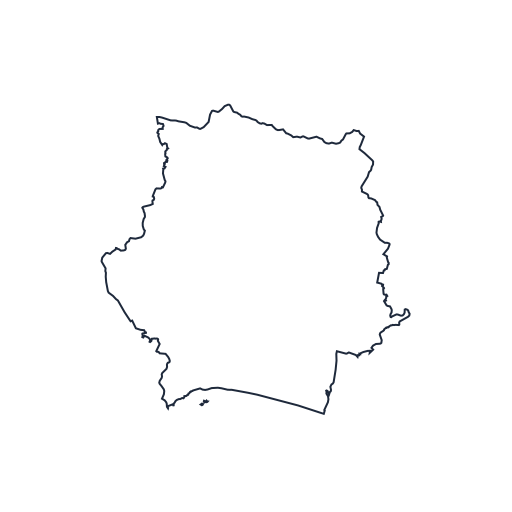 Cam Xuyen, Ha Tinh, Vietnam, rotated 149°
{"feature_id": "81297802B99684516055458", "entity_name": "Cam Xuyen", "entity_type": "district", "adm_level": 2, "iso_a3": "VNM", "parent_name": "Vietnam", "parent_adm1": "Ha Tinh", "projection": "orthographic", "projection_center": [106.007, 18.19], "detail": "fine", "context": "isolated", "style": "outline", "palette": "slate", "viewbox_px": 512, "rotation_deg": 149, "n_neighbors": 0, "source": "geoboundaries", "source_scale": "gbopen_adm2", "svg_char_len": 6161}
<svg xmlns="http://www.w3.org/2000/svg" viewBox="0 0 512 512"><g transform="rotate(149 256 256)"><path d="M409.9,170.7L409.6,171.0L409.8,172.2L408.6,172.6L403.9,171.8L403.9,170.6L403.5,170.4L403.2,170.7L403.3,171.7L401.3,172.2L399.8,173.1L398.0,173.4L395.9,173.1L394.6,172.4L392.4,172.3L391.5,171.4L390.3,171.8L389.6,172.8L387.7,171.9L386.3,172.3L385.6,172.0L384.7,172.9L383.8,172.7L382.6,173.4L382.0,173.1L381.6,173.5L379.9,173.0L379.4,173.2L372.1,171.3L370.6,169.0L368.6,167.4L366.2,166.5L362.0,165.6L356.5,162.7L353.7,160.4L349.1,155.9L345.7,153.8L333.2,142.8L326.4,136.5L297.0,106.3L279.2,85.8L276.7,88.1L276.8,88.8L269.7,93.6L267.7,95.9L266.5,98.7L266.5,101.8L265.5,103.2L265.2,104.4L264.8,104.4L264.2,103.5L264.5,99.8L262.7,101.4L261.7,101.5L260.7,102.5L259.6,105.6L257.5,107.0L255.8,107.1L254.5,107.8L246.4,117.4L240.9,124.8L237.6,130.7L235.7,132.7L229.1,125.9L228.4,125.6L226.1,125.5L221.4,119.7L220.9,117.2L219.7,118.5L218.7,117.8L217.8,119.0L217.1,118.1L216.5,118.8L213.4,118.4L209.0,117.1L207.1,116.0L208.4,114.4L203.8,115.4L204.3,117.8L201.9,118.9L198.5,118.8L195.0,117.0L194.2,116.8L193.3,117.0L191.6,119.1L190.4,124.9L189.5,125.8L188.5,126.2L185.4,126.3L184.5,126.5L184.0,127.1L181.6,127.5L181.3,127.2L180.9,127.5L179.6,126.8L179.3,127.1L178.5,126.8L178.0,127.1L176.0,127.1L175.4,126.6L174.4,126.6L173.3,125.7L171.8,125.1L169.1,123.2L168.5,123.4L167.5,125.3L166.5,125.9L157.1,125.6L155.3,126.0L154.1,127.3L154.0,129.6L153.6,131.0L154.1,132.2L155.1,133.4L156.1,133.5L157.8,130.9L159.3,129.9L161.0,129.5L162.5,130.2L164.6,132.8L165.7,133.6L170.6,134.1L171.6,133.9L172.0,134.3L171.7,135.7L170.7,136.8L168.9,137.8L167.5,139.7L167.2,140.9L167.1,143.8L168.8,145.3L169.5,146.4L169.5,151.4L168.6,151.8L168.0,151.0L167.5,150.9L167.4,152.1L165.9,153.1L165.3,154.1L164.1,154.1L164.1,155.7L165.1,156.1L166.1,157.2L166.1,157.9L164.0,162.2L163.7,162.5L163.2,162.4L163.2,162.9L162.8,163.1L163.4,165.3L163.0,165.6L162.2,165.5L161.8,166.0L162.4,166.7L162.8,166.7L162.8,167.7L165.8,170.8L159.2,178.2L155.9,176.0L153.9,177.8L153.1,177.5L152.2,178.2L150.5,177.6L147.4,180.6L146.6,180.6L145.8,181.7L145.9,182.7L144.7,187.3L143.9,188.1L145.9,191.9L139.1,194.3L135.6,197.0L135.3,197.7L135.5,198.3L136.7,199.7L138.8,201.0L141.2,206.1L141.5,209.5L141.2,212.5L140.7,214.0L137.8,217.7L133.9,220.9L133.4,222.1L133.0,222.2L132.1,221.8L131.3,220.9L130.8,222.0L129.9,222.4L129.1,223.3L128.6,225.0L126.7,224.9L126.2,225.2L125.7,231.7L124.9,234.4L125.5,237.3L124.5,239.6L125.0,240.5L125.2,242.6L127.6,246.0L129.4,247.4L129.5,248.2L128.6,250.3L128.6,251.2L129.1,252.3L132.0,256.7L131.0,258.3L130.7,260.2L129.6,261.3L119.4,266.5L115.9,269.7L113.9,270.1L112.9,270.6L111.0,272.7L108.6,274.1L106.9,276.7L107.1,278.3L110.0,288.3L112.3,294.3L110.9,296.0L109.1,297.1L101.9,302.7L103.7,307.3L103.5,310.3L105.3,311.2L107.4,313.6L109.6,312.8L112.5,312.9L115.4,314.5L116.3,314.2L121.4,311.1L123.4,310.9L125.4,309.9L127.0,310.1L129.6,311.0L132.6,314.1L135.6,314.8L137.6,316.5L138.7,318.5L139.0,322.2L140.6,323.9L142.7,327.1L150.1,329.3L151.1,330.1L153.7,334.1L154.5,334.5L156.9,334.7L159.4,337.2L162.9,338.7L163.7,341.2L165.9,344.7L166.9,345.6L167.6,350.6L171.2,352.0L172.6,352.8L173.7,354.4L174.9,358.9L175.0,360.2L179.2,362.6L180.6,365.2L182.0,366.5L183.2,366.6L184.5,367.8L185.6,370.0L185.8,371.6L186.4,372.8L188.7,375.2L191.0,378.5L194.2,381.5L195.8,382.4L196.5,383.2L196.8,385.2L197.8,386.9L198.4,388.6L200.6,390.7L201.0,391.6L200.6,398.3L201.0,399.4L202.0,400.1L205.7,400.6L209.3,399.5L213.3,398.9L214.5,399.1L217.9,402.7L219.0,403.0L222.5,400.9L227.6,395.3L234.5,393.4L238.2,393.6L239.0,394.2L240.3,396.5L242.2,397.6L245.6,401.7L247.2,406.0L248.4,407.4L253.0,411.3L254.9,413.4L259.2,416.1L265.3,423.1L267.2,424.9L269.4,426.2L271.9,420.0L270.4,419.6L269.7,418.5L267.8,417.1L268.1,415.4L268.4,415.0L269.8,414.4L270.5,413.0L273.1,414.5L273.9,414.6L275.1,414.2L275.6,413.2L276.9,412.8L277.1,412.3L276.5,410.7L278.0,409.3L278.4,406.3L279.4,403.1L279.2,399.5L278.4,400.0L277.4,399.4L276.0,399.6L274.9,398.0L276.2,394.6L276.0,393.5L277.3,393.6L277.9,392.8L279.8,392.4L280.3,391.8L280.6,390.7L281.3,390.3L282.4,388.0L281.3,386.2L281.3,385.3L283.5,384.4L283.5,384.1L282.7,383.9L282.8,383.4L283.9,382.5L285.1,383.3L286.1,382.9L287.0,383.0L287.4,382.2L287.0,381.7L288.7,380.5L287.7,379.0L289.3,378.2L290.6,378.7L290.7,378.2L293.2,374.7L295.1,368.2L295.1,366.7L296.0,365.7L300.4,362.8L301.1,363.5L302.0,362.8L303.3,363.1L306.5,365.2L307.9,364.9L313.8,360.4L313.9,360.2L313.3,359.7L313.2,359.1L313.8,357.5L314.7,356.8L316.0,356.9L316.5,356.5L317.7,353.8L320.4,354.1L326.8,356.1L328.0,356.2L328.6,355.9L328.6,353.8L329.3,351.8L329.4,350.2L330.6,347.4L331.2,346.6L333.2,345.6L336.1,342.7L337.6,340.1L338.5,336.5L338.2,335.0L340.5,332.7L342.2,331.6L344.7,331.2L350.4,332.9L354.3,336.0L355.7,335.6L357.3,334.1L359.4,334.2L362.3,332.9L363.8,329.3L364.9,328.6L366.5,328.9L369.1,330.2L369.9,332.2L370.8,333.2L371.4,334.6L371.9,335.0L372.9,333.9L377.0,333.7L380.0,333.0L381.9,335.2L383.2,335.7L388.6,333.8L391.0,331.2L391.2,330.4L391.3,322.9L392.9,320.7L393.3,318.9L395.5,315.6L397.9,310.7L401.0,302.3L401.2,300.5L399.1,295.4L398.2,291.1L397.3,289.0L397.6,275.5L397.2,265.8L397.1,264.6L395.4,264.4L396.2,255.9L393.0,252.2L390.1,250.0L390.3,247.8L389.7,247.2L389.9,246.8L393.2,248.0L393.6,247.8L394.1,246.1L395.2,245.0L394.6,244.2L392.7,245.1L390.5,241.9L389.9,240.0L389.9,239.0L390.1,238.3L391.4,237.3L391.1,236.8L389.6,237.0L387.9,238.7L385.3,237.5L384.7,236.9L383.4,236.3L382.8,235.4L382.9,234.8L383.8,233.9L383.9,230.2L390.5,225.8L390.3,225.0L388.9,224.0L388.7,222.2L383.9,218.7L383.3,214.7L383.4,212.5L383.9,210.6L384.5,209.8L385.6,209.6L386.6,209.9L387.6,209.4L388.4,208.6L389.3,206.8L390.8,205.4L396.6,204.0L397.8,203.1L398.5,201.3L399.6,200.1L402.8,198.6L404.2,197.2L404.4,196.0L404.0,193.5L403.7,189.2L404.2,187.5L406.2,184.9L410.1,182.1L408.6,179.3L408.3,176.8L408.6,175.4L410.0,172.6L409.9,170.7ZM374.0,156.3L372.9,156.0L372.3,156.2L372.8,156.6L372.9,157.5L373.9,157.1L375.1,158.7L375.7,158.1L375.7,157.6L375.4,157.1L374.7,157.0L374.0,156.3ZM378.5,155.9L377.8,156.3L378.6,156.7L377.4,157.6L378.0,157.3L379.9,157.2L379.3,156.0L378.5,155.9Z" fill="none" stroke="#1e293b" stroke-width="2"/></g></svg>